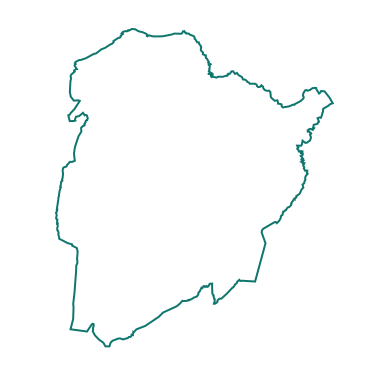 the district of Skaun nor, Sør-Trøndelag, Norway, rotated 4°
{"feature_id": "86288312B11498019904431", "entity_name": "Skaun nor", "entity_type": "district", "adm_level": 2, "iso_a3": "NOR", "parent_name": "Norway", "parent_adm1": "Sør-Trøndelag", "projection": "albers", "projection_center": [10.037, 63.259], "detail": "fine", "context": "isolated", "style": "outline", "palette": "teal", "viewbox_px": 384, "rotation_deg": 4, "n_neighbors": 0, "source": "geoboundaries", "source_scale": "gbopen_adm2", "svg_char_len": 5827}
<svg xmlns="http://www.w3.org/2000/svg" viewBox="0 0 384 384"><g transform="rotate(4 192 192)"><path d="M80.4,337.4L97.0,338.5L100.8,331.8L101.9,330.4L102.8,330.5L103.2,331.2L103.2,332.6L102.6,334.7L103.0,336.2L102.7,337.8L105.2,341.8L109.6,345.8L114.1,348.5L116.4,352.0L120.4,351.8L121.0,349.1L121.6,347.5L123.2,345.9L128.7,343.3L130.7,343.1L133.4,343.9L138.1,342.2L139.1,341.1L140.7,340.8L141.6,339.9L141.6,338.7L142.0,338.3L142.9,338.6L142.8,338.2L143.1,337.5L143.2,336.0L143.5,336.3L146.1,332.9L154.8,328.8L167.7,318.7L171.5,314.3L184.8,307.0L187.8,304.1L189.9,301.3L193.1,301.2L196.4,300.3L196.2,299.9L198.7,299.1L201.6,297.0L204.2,295.9L205.4,293.7L205.5,291.8L206.3,291.3L208.2,286.7L209.1,287.1L210.1,285.1L211.2,285.0L211.7,285.8L213.1,284.9L213.7,285.6L214.3,285.5L215.7,283.6L215.6,283.3L216.2,282.3L218.5,282.0L218.8,287.0L219.2,289.3L219.1,290.7L219.9,293.0L220.8,293.5L220.8,295.0L221.5,296.1L221.5,297.0L222.2,297.4L222.1,300.3L221.6,301.9L222.4,302.0L224.9,300.2L225.0,298.6L225.9,297.3L227.2,296.4L228.7,296.4L234.0,290.8L238.9,284.8L239.8,284.2L240.8,282.7L241.3,281.3L243.0,279.8L243.5,278.1L245.4,276.3L246.3,277.4L248.4,277.0L261.2,276.9L268.9,238.0L264.3,227.5L264.5,225.4L265.5,223.8L276.5,216.3L277.5,216.1L278.7,217.1L279.0,216.5L279.6,216.4L281.1,214.4L282.3,211.9L282.4,209.8L283.9,208.5L284.3,205.2L285.6,204.8L286.5,203.5L287.1,203.4L287.7,201.9L288.7,200.7L290.2,200.1L291.5,198.5L292.0,197.6L291.7,196.8L292.2,196.1L292.1,195.5L293.8,193.0L294.0,192.2L295.0,192.4L295.0,191.1L295.8,190.8L296.6,189.6L296.3,188.9L299.5,186.2L301.2,181.7L302.7,180.0L302.8,179.7L301.7,176.9L303.3,175.4L303.6,173.1L304.3,171.9L303.9,170.7L304.2,168.4L306.1,165.7L305.1,164.8L305.5,163.4L305.5,162.6L303.3,162.8L301.9,160.6L302.3,160.1L302.2,159.4L301.3,158.4L301.2,157.6L301.9,155.9L300.7,156.2L300.5,155.8L301.3,155.1L299.1,154.3L300.5,153.5L301.2,152.6L300.4,151.9L300.1,152.3L298.9,152.2L298.8,151.8L299.0,151.5L300.3,150.9L298.0,148.5L299.4,147.8L299.9,146.9L299.8,146.0L298.0,145.8L298.2,145.0L299.4,144.4L299.4,143.8L298.0,143.5L296.8,144.3L295.7,144.1L295.6,143.0L294.0,141.6L295.0,140.3L294.1,139.5L293.6,138.4L297.7,138.2L298.3,136.9L298.7,133.1L301.7,135.1L303.3,134.7L306.2,132.3L306.9,129.1L305.8,126.9L306.6,125.7L306.0,125.5L306.4,124.9L304.5,123.4L303.3,123.7L303.1,122.4L304.6,121.1L305.9,120.8L308.2,121.6L309.3,119.8L308.1,119.6L308.6,118.4L308.7,116.5L312.5,115.2L312.8,113.8L313.8,113.1L312.1,109.6L314.2,108.7L315.4,109.0L316.5,105.4L316.4,104.5L317.0,103.2L317.1,99.8L322.5,96.1L323.3,95.0L326.2,93.6L322.6,88.3L317.3,82.4L313.8,82.2L313.2,83.7L311.9,84.9L308.7,80.5L308.6,79.6L306.8,79.6L304.8,80.1L302.8,81.8L300.4,82.9L298.8,82.3L297.6,82.9L296.1,86.0L296.0,88.2L296.8,89.5L296.7,90.8L293.9,93.8L287.9,97.5L288.9,97.9L286.9,97.8L282.5,99.9L276.6,101.3L275.4,100.1L275.4,98.8L275.0,98.2L271.6,97.8L271.7,97.0L270.8,94.6L268.1,95.2L264.7,92.6L264.1,91.8L263.7,90.6L263.8,89.6L263.2,87.8L263.3,86.9L261.8,85.5L260.0,85.9L257.4,85.2L255.8,83.4L255.6,82.1L253.9,80.7L253.3,81.3L253.4,81.8L252.4,82.4L250.7,82.7L249.5,81.9L248.9,80.3L247.2,79.6L242.1,80.0L241.3,79.0L239.3,78.2L238.9,77.4L237.2,76.2L235.0,76.2L233.8,73.8L230.3,72.2L228.5,70.1L226.7,71.2L224.5,68.7L223.5,68.8L222.7,69.2L222.5,69.9L221.4,71.5L220.6,71.8L219.9,71.5L219.4,72.2L219.5,73.1L218.7,73.8L218.0,73.6L214.7,74.9L210.0,75.2L208.3,76.2L204.9,75.5L203.5,76.0L202.7,74.9L202.7,73.1L199.5,73.1L202.7,72.4L203.2,73.1L203.4,75.3L204.3,75.3L204.4,73.1L204.2,72.6L200.4,70.5L201.0,68.8L200.5,68.1L200.9,67.3L201.0,66.1L200.7,64.8L200.0,64.2L201.6,63.2L202.5,63.9L201.6,63.1L200.1,63.7L199.2,61.8L200.6,61.0L199.7,61.2L197.6,58.0L196.5,57.3L196.3,55.1L195.9,55.3L195.5,54.6L193.3,53.9L193.2,52.1L191.0,50.2L190.8,49.3L191.1,46.9L190.7,46.6L190.8,46.0L188.6,43.4L188.4,42.3L186.6,42.2L185.0,39.8L183.9,38.9L183.7,38.2L183.8,37.6L182.8,36.3L178.8,35.2L177.8,34.2L175.2,34.3L174.9,33.6L174.0,33.5L173.0,32.0L171.8,32.4L171.1,34.2L170.1,34.9L163.4,35.2L160.5,36.4L151.5,38.8L142.7,39.5L136.2,38.5L136.3,39.5L137.0,39.6L137.4,40.1L136.1,39.5L136.1,38.2L135.4,37.4L131.5,36.0L127.5,35.4L123.9,33.6L120.5,33.6L117.9,35.4L117.1,35.0L116.7,35.4L116.9,35.6L116.1,36.2L114.1,36.2L111.9,37.1L110.9,38.4L111.9,38.6L112.1,39.2L110.3,40.6L109.9,41.4L110.1,41.8L109.4,42.9L107.4,43.7L103.5,46.6L103.1,47.0L103.4,47.5L103.4,48.0L101.9,49.7L99.8,50.8L95.5,54.1L91.5,56.1L86.6,60.5L84.4,61.1L76.9,65.9L71.7,68.1L70.1,68.3L66.6,70.5L66.4,71.0L67.0,72.4L66.4,72.6L66.6,72.9L66.1,73.6L66.1,74.3L68.5,77.4L67.7,77.5L65.9,79.1L65.9,79.7L66.5,80.2L63.3,83.3L63.0,84.2L62.8,85.2L63.5,87.1L63.0,90.0L63.2,101.2L63.6,102.2L64.4,105.4L67.8,109.1L72.2,108.5L73.7,109.0L69.0,117.4L65.4,121.8L64.5,123.6L63.3,124.1L63.5,125.0L65.1,129.8L69.2,129.4L70.5,128.9L70.3,128.7L70.3,127.5L71.0,125.0L74.0,124.2L77.8,120.6L79.5,122.9L80.1,122.5L81.9,123.0L82.9,126.1L82.4,126.8L82.5,127.1L82.4,127.7L81.1,128.3L80.9,129.3L81.0,129.8L80.0,131.4L80.3,131.7L80.0,132.3L80.2,133.1L78.3,134.0L76.9,135.8L77.4,139.5L74.9,144.3L72.5,153.6L71.9,157.1L71.6,162.0L72.9,169.1L70.1,170.4L68.2,170.4L65.5,173.7L65.3,174.8L64.6,175.6L63.2,175.9L61.8,177.0L61.4,179.4L62.1,182.9L61.9,187.6L61.4,189.0L61.9,189.8L60.8,190.9L60.6,194.4L60.2,195.2L60.7,196.0L60.3,196.7L60.6,196.9L60.4,197.1L60.4,198.1L59.9,199.7L59.5,204.2L59.6,205.4L59.1,206.8L59.2,208.1L58.4,218.5L58.7,218.4L58.9,219.4L58.5,219.9L58.7,220.1L58.2,221.9L57.8,222.2L58.7,224.6L58.4,226.1L58.3,227.9L59.6,228.9L59.3,229.5L59.7,231.2L59.8,231.9L59.5,232.1L59.6,233.2L60.2,233.1L60.1,233.7L60.5,235.2L60.1,237.3L60.1,238.5L60.5,239.9L61.1,240.1L61.8,242.3L61.5,243.3L62.6,246.4L62.8,247.9L71.6,251.7L76.1,252.6L76.2,253.9L81.0,255.9L82.1,259.6L82.0,267.3L82.4,268.3L82.6,271.0L81.6,273.8L81.8,275.3L81.9,280.2L81.8,300.1L81.3,312.1L81.9,315.4L82.3,327.1L80.4,337.4Z" fill="none" stroke="#0f766e" stroke-width="2"/></g></svg>